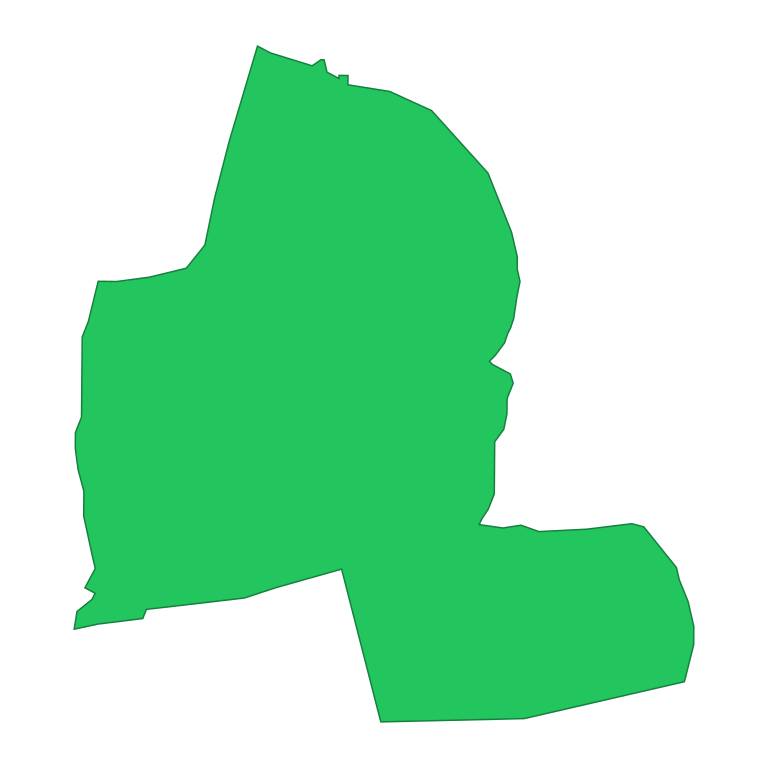 Matariyya, Ad Daqahliyah, Egypt
{"feature_id": "37247803B28167369066586", "entity_name": "Matariyya", "entity_type": "district", "adm_level": 2, "iso_a3": "EGY", "parent_name": "Egypt", "parent_adm1": "Ad Daqahliyah", "projection": "robinson", "projection_center": [32.012, 31.191], "detail": "fine", "context": "isolated", "style": "filled", "palette": "green", "viewbox_px": 768, "rotation_deg": 0, "n_neighbors": 0, "source": "geoboundaries", "source_scale": "gbopen_adm2", "svg_char_len": 1085}
<svg xmlns="http://www.w3.org/2000/svg" viewBox="0 0 768 768"><path d="M684.4,681.7L693.7,644.8L693.8,626.4L688.1,601.6L679.3,579.9L676.4,567.5L643.8,526.9L631.8,523.7L586.8,529.2L538.9,531.6L521.0,525.2L503.0,528.0L479.1,524.6L482.1,518.5L488.2,509.3L494.3,493.9L494.7,441.8L503.8,429.3L506.9,414.0L507.1,398.5L513.2,383.2L510.3,373.9L504.3,370.8L492.4,364.4L489.4,361.3L495.4,355.2L504.5,343.0L507.6,333.8L510.7,327.6L513.7,318.4L516.9,296.9L520.0,281.5L517.2,269.1L517.3,256.8L511.5,232.1L488.0,173.1L431.6,110.6L405.7,98.8L389.8,91.5L347.9,84.8L348.0,75.5L339.0,75.4L339.0,78.5L327.0,72.2L324.1,59.8L321.1,59.7L312.1,65.8L270.3,52.9L257.5,46.1L229.0,142.0L214.6,198.1L204.9,245.0L186.3,268.2L149.2,277.2L116.8,281.5L98.2,281.3L88.3,321.7L82.2,337.1L81.7,398.7L81.5,417.2L75.4,432.6L75.3,448.0L76.5,457.7L78.1,469.6L83.9,491.3L83.7,516.0L92.4,556.2L95.3,568.5L84.9,587.8L95.1,593.2L92.0,599.4L77.0,611.5L74.2,629.2L97.8,624.1L142.8,618.5L146.4,609.4L244.4,598.0L276.4,587.5L341.6,569.1L380.8,721.9L524.1,718.6L684.4,681.7Z" fill="#22c55e" stroke="#15803d" stroke-width="1.5"/></svg>